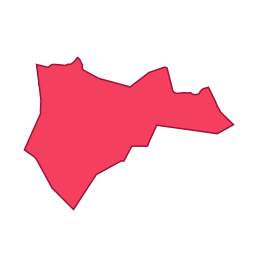 Paquetá, Piauí, Brazil, rotated 264°
{"feature_id": "56859067B84967763168108", "entity_name": "Paquetá", "entity_type": "district", "adm_level": 2, "iso_a3": "BRA", "parent_name": "Brazil", "parent_adm1": "Piauí", "projection": "mercator", "projection_center": [-41.654, -7.163], "detail": "fine", "context": "isolated", "style": "filled", "palette": "rose", "viewbox_px": 256, "rotation_deg": 264, "n_neighbors": 0, "source": "geoboundaries", "source_scale": "gbopen_adm2", "svg_char_len": 1071}
<svg xmlns="http://www.w3.org/2000/svg" viewBox="0 0 256 256"><g transform="rotate(264 128 128)"><path d="M184.2,168.5L181.0,154.7L173.1,141.7L168.6,134.4L173.8,121.1L174.6,119.1L175.3,117.3L176.7,113.7L180.3,104.2L188.5,92.2L190.0,90.1L192.0,88.6L195.5,89.3L198.9,87.9L201.3,87.1L203.4,85.2L200.0,81.8L198.7,80.1L197.3,77.3L197.7,75.2L196.8,72.0L197.8,67.5L199.0,61.2L199.0,58.6L196.7,54.9L200.7,43.7L198.4,43.7L194.3,43.8L190.1,43.9L186.1,44.0L183.6,44.1L180.8,43.8L178.5,44.2L164.1,44.3L154.1,42.7L151.3,42.5L139.0,35.3L117.1,22.7L115.8,24.2L113.7,26.4L112.0,28.5L108.6,32.3L105.9,33.9L76.3,46.2L52.6,65.3L76.5,84.6L77.9,85.8L85.0,91.6L86.8,95.9L95.9,117.6L95.6,120.5L109.6,129.9L107.9,145.4L113.9,148.6L127.8,156.9L113.0,216.2L120.3,233.3L133.6,222.1L140.3,219.1L146.1,217.4L160.1,212.2L159.5,208.4L158.8,206.1L156.9,203.8L154.8,202.3L154.1,200.1L154.3,197.1L155.2,195.2L156.6,193.8L156.6,190.8L157.2,187.9L157.3,184.6L157.2,182.4L157.4,180.0L158.4,177.8L160.0,176.5L183.5,173.1L184.6,171.4L184.2,168.5Z" fill="#f43f5e" stroke="#9f1239" stroke-width="1.5"/></g></svg>